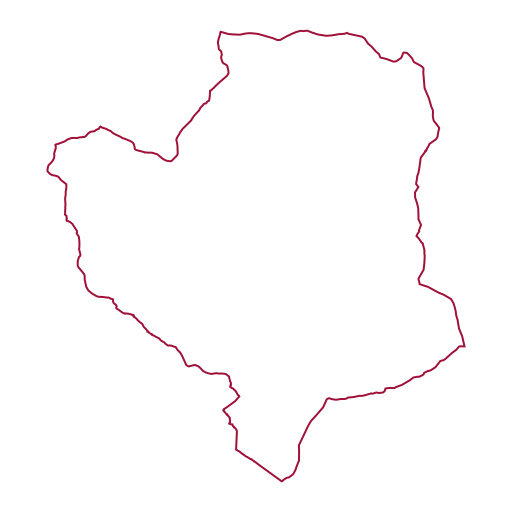 the district of Cincu, Brasov, Romania
{"feature_id": "2599482B10737296571764", "entity_name": "Cincu", "entity_type": "district", "adm_level": 2, "iso_a3": "ROU", "parent_name": "Romania", "parent_adm1": "Brasov", "projection": "natural_earth1", "projection_center": [24.767, 45.905], "detail": "fine", "context": "isolated", "style": "outline", "palette": "rose", "viewbox_px": 512, "rotation_deg": 0, "n_neighbors": 0, "source": "geoboundaries", "source_scale": "gbopen_adm2", "svg_char_len": 5954}
<svg xmlns="http://www.w3.org/2000/svg" viewBox="0 0 512 512"><path d="M281.7,481.3L282.1,481.2L284.3,479.3L286.5,477.9L289.1,477.3L292.9,474.4L293.5,473.6L295.6,469.6L296.6,466.5L299.0,460.5L299.1,451.0L298.9,445.3L307.7,426.8L310.1,422.4L311.9,420.0L316.6,414.9L323.2,407.2L326.7,399.4L328.3,398.4L328.9,398.2L332.2,399.2L335.4,399.7L336.9,399.7L340.6,399.0L344.5,399.0L346.3,398.6L348.3,397.5L353.2,397.1L359.1,395.9L361.9,395.9L364.8,395.3L371.1,393.4L372.0,393.7L374.1,393.3L376.2,392.5L379.0,393.0L383.0,392.5L383.7,392.0L384.9,390.7L385.4,388.6L387.8,388.1L390.9,387.9L394.3,388.1L395.7,387.2L401.7,385.0L409.8,380.3L413.4,377.5L417.0,376.8L419.3,376.7L422.6,375.1L423.7,374.2L424.2,372.8L427.6,371.1L430.4,370.5L435.0,367.5L435.8,366.8L440.4,360.9L443.2,360.3L445.1,359.2L451.8,353.1L456.5,349.6L458.9,346.7L459.5,346.4L460.8,346.3L464.5,346.4L462.2,336.3L459.0,328.5L457.6,319.9L456.3,315.9L455.7,311.2L454.6,306.8L453.5,303.2L450.9,298.9L443.2,294.5L438.9,292.8L428.0,286.9L419.7,284.2L419.0,280.9L418.5,279.6L418.7,278.3L423.6,269.7L424.4,262.9L424.7,256.2L424.4,253.3L424.4,250.0L422.7,243.4L421.3,242.1L418.2,237.7L416.5,236.2L417.4,234.0L419.2,231.5L419.0,230.5L421.0,224.9L418.4,219.0L418.5,216.5L418.2,208.0L417.1,203.5L415.1,197.3L415.0,192.4L418.4,187.0L416.2,184.2L416.3,181.9L416.6,181.2L417.3,176.0L418.5,172.6L419.4,167.6L420.7,157.8L424.9,152.1L424.9,151.8L425.2,151.1L425.7,151.1L425.8,150.3L426.4,150.3L427.1,148.2L427.9,147.3L429.5,143.9L436.1,139.2L437.5,136.9L438.1,132.9L439.2,127.9L436.2,123.8L434.1,121.3L433.5,120.0L432.8,116.0L433.0,111.9L432.8,110.0L431.5,107.2L428.9,98.4L424.6,88.2L423.3,72.9L423.5,68.3L422.1,66.7L419.8,65.2L414.3,62.3L413.6,61.6L412.2,58.5L411.6,57.8L408.4,54.3L406.9,52.9L403.9,52.5L403.3,52.9L402.9,53.5L402.3,55.6L401.8,56.7L400.6,58.4L395.9,61.4L393.4,61.6L386.8,59.1L382.6,58.0L381.3,57.8L380.5,57.5L380.0,56.7L379.0,54.1L376.0,51.6L371.4,46.4L368.1,43.7L364.6,38.4L361.8,36.6L348.6,33.8L347.1,32.9L345.0,33.6L342.4,34.0L339.4,34.1L331.6,35.4L326.3,35.8L318.0,34.5L312.4,32.7L307.4,30.7L302.7,31.1L300.6,30.8L296.3,32.0L292.8,33.4L286.7,36.3L280.3,39.9L277.6,40.1L272.6,38.1L269.1,37.1L258.7,34.1L256.1,33.7L251.1,33.2L248.5,33.2L244.4,33.7L240.1,34.7L232.4,34.4L228.3,34.0L220.7,31.8L220.4,32.1L220.2,34.0L218.9,38.0L217.9,42.0L218.0,43.7L218.5,45.8L218.8,49.0L219.0,49.4L221.0,51.2L221.4,52.3L221.8,54.9L221.2,56.6L221.2,58.3L221.9,60.4L222.1,61.5L223.4,63.3L224.7,63.9L227.0,65.5L227.3,66.0L228.4,70.9L228.5,73.3L227.0,75.8L219.7,82.1L215.7,85.8L213.9,87.8L212.3,89.1L211.2,90.3L210.1,90.7L209.7,97.1L209.1,100.4L208.8,100.9L207.1,101.6L206.3,103.3L204.7,103.6L203.6,104.1L202.8,105.4L200.4,107.8L198.9,110.7L198.0,111.5L194.2,115.7L191.6,119.4L191.3,120.3L182.6,128.9L179.8,132.9L179.1,134.4L177.5,136.8L176.3,139.5L177.2,143.9L177.5,146.4L177.7,153.8L177.0,155.4L171.8,160.7L170.8,161.2L169.5,161.2L166.9,160.8L165.0,160.1L162.3,158.5L157.3,154.3L152.4,152.8L150.6,152.6L148.1,152.7L146.3,152.4L144.9,152.5L143.9,152.0L137.5,150.4L135.9,149.8L134.8,149.0L134.7,147.8L134.0,144.6L133.2,143.1L132.6,142.5L130.0,140.9L124.1,138.5L122.7,138.2L120.7,136.9L115.3,134.4L112.7,132.9L110.9,131.2L107.8,129.8L106.3,128.9L102.1,127.6L100.6,126.6L99.6,127.2L99.0,128.6L96.0,130.0L94.4,131.3L91.2,131.6L89.6,132.3L88.0,133.6L85.9,136.0L84.7,136.9L79.6,137.4L77.3,138.0L72.8,137.9L71.2,138.1L67.2,139.6L65.5,141.0L63.9,141.7L60.0,143.2L55.6,144.6L55.3,145.0L55.8,146.8L55.8,148.0L54.1,153.7L54.4,155.5L54.0,158.3L52.3,161.3L50.6,163.2L48.8,164.9L48.1,166.3L47.5,169.4L47.5,171.3L50.0,173.9L52.4,175.2L54.6,175.5L57.9,176.5L59.0,177.5L60.8,179.9L66.3,184.2L66.4,187.6L65.7,191.6L65.7,194.5L65.1,198.5L65.5,205.1L65.2,206.9L65.4,208.8L65.1,209.9L65.2,212.6L65.0,214.6L66.4,215.8L66.6,217.2L66.6,217.8L66.9,218.4L66.4,219.7L66.8,220.8L68.4,221.2L69.4,221.8L70.0,222.0L72.7,224.2L73.0,225.0L76.9,230.8L77.0,232.4L76.7,232.9L76.7,233.5L78.8,236.6L79.4,241.8L79.4,246.7L79.1,249.3L79.9,252.4L80.4,254.6L80.3,255.3L80.1,256.0L79.0,257.0L78.0,260.2L77.7,261.7L77.7,265.6L78.4,267.2L84.1,274.1L84.6,275.6L84.7,276.9L84.7,279.7L86.2,286.6L87.8,289.6L88.7,290.8L92.3,293.7L96.6,296.2L98.8,296.8L103.1,297.0L107.1,297.6L108.6,297.5L110.4,298.5L113.1,299.4L113.0,301.0L113.3,302.5L114.5,303.9L114.9,304.2L115.4,304.3L115.9,304.8L116.4,305.6L116.7,306.2L116.2,307.4L116.2,307.9L116.5,308.4L117.2,308.9L118.4,309.6L122.4,312.6L125.0,313.7L125.3,313.7L125.4,313.4L125.9,313.4L129.5,313.9L131.7,314.6L132.3,315.1L132.8,314.9L133.6,315.2L133.4,316.0L133.5,316.3L133.9,316.0L134.2,316.7L135.3,317.8L136.6,318.7L137.6,320.1L139.9,322.2L142.2,323.8L143.6,326.6L144.3,327.5L145.7,328.8L147.3,330.7L147.4,331.7L148.4,331.7L148.7,332.4L150.7,333.8L151.8,334.1L152.0,334.9L152.3,335.2L153.4,335.3L155.3,336.5L158.4,338.0L159.3,338.6L160.6,340.1L161.5,340.9L164.2,342.4L165.6,343.9L167.7,345.4L168.3,345.6L169.9,345.4L171.9,345.8L173.2,346.4L175.7,347.1L177.5,349.9L180.5,352.9L181.0,354.1L182.2,356.0L186.2,364.9L186.8,365.4L188.6,366.4L189.2,366.3L194.8,364.9L198.7,366.5L200.5,368.2L203.1,371.0L205.6,372.4L207.2,373.0L210.4,373.8L211.8,373.9L215.4,373.3L217.2,373.2L218.4,373.6L220.8,373.5L224.1,373.7L225.8,374.0L229.0,376.5L230.0,381.0L230.9,382.9L230.9,384.8L230.7,384.7L230.2,386.2L230.3,387.1L232.0,388.1L232.9,388.4L233.9,389.5L234.5,389.8L236.4,392.1L236.9,393.3L237.8,394.8L238.9,395.7L239.3,396.4L235.2,401.1L226.9,407.2L223.7,409.3L223.4,410.1L223.9,410.4L223.7,410.9L223.7,411.1L224.8,412.1L226.5,414.2L227.2,414.3L227.3,414.5L227.1,415.0L228.0,415.6L229.9,418.0L229.7,419.1L230.0,420.1L230.1,422.2L229.9,422.8L229.2,423.2L229.2,423.6L229.9,423.6L230.2,424.1L230.8,424.3L232.4,424.4L232.9,426.0L233.9,426.7L233.8,427.2L234.2,427.6L235.5,428.3L236.6,430.2L236.9,431.3L236.1,449.6L239.9,451.8L242.0,453.7L242.9,454.0L243.3,454.6L244.2,455.0L245.8,456.4L247.3,457.0L250.3,459.0L251.4,459.1L252.3,460.1L253.7,460.8L254.2,461.6L255.0,461.8L259.4,465.2L281.7,481.3Z" fill="none" stroke="#9f1239" stroke-width="2"/></svg>